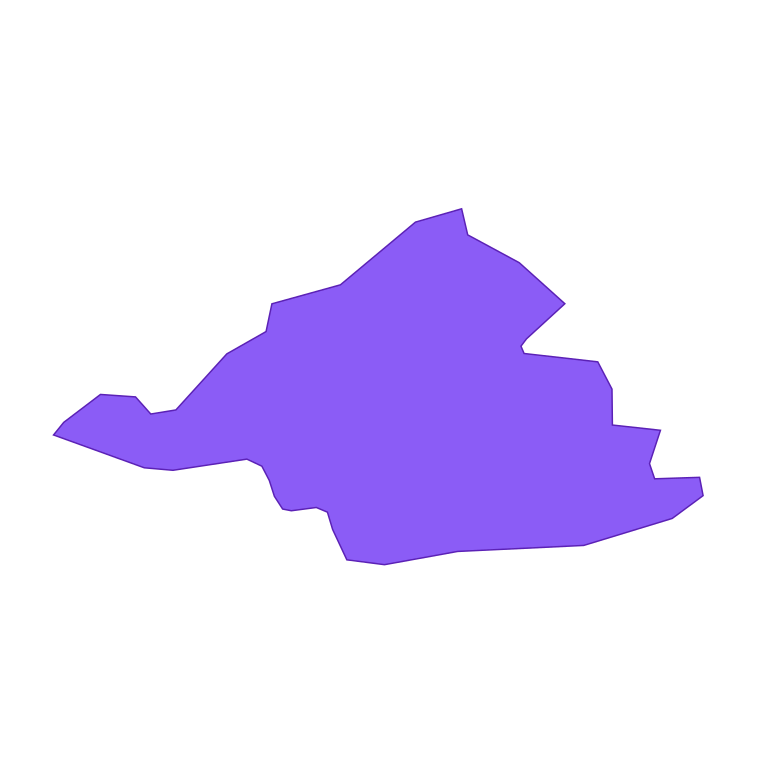 outline of Falkirk, rotated 184°
{"feature_id": "GBR-2015", "entity_name": "Falkirk", "entity_type": "Unitary District", "adm_level": 1, "iso_a3": "GBR", "parent_name": "United Kingdom", "parent_adm1": "", "projection": "mercator", "projection_center": [-3.764, 55.973], "detail": "fine", "context": "isolated", "style": "filled", "palette": "violet", "viewbox_px": 768, "rotation_deg": 184, "n_neighbors": 0, "source": "natural_earth", "source_scale": "10m", "svg_char_len": 684}
<svg xmlns="http://www.w3.org/2000/svg" viewBox="0 0 768 768"><g transform="rotate(184 384 384)"><path d="M408.8,206.0L425.1,235.3L431.5,252.2L442.9,256.1L467.6,251.1L476.4,252.2L485.5,264.3L491.7,279.8L500.1,293.5L515.6,299.5L588.5,283.2L617.3,283.7L710.1,310.1L700.8,323.4L666.1,353.8L631.0,353.8L614.6,337.8L589.8,343.6L542.9,403.1L505.3,428.1L501.4,456.2L434.4,479.9L363.9,547.7L318.8,564.2L310.9,538.6L257.5,514.4L209.2,476.7L245.0,439.0L250.0,431.3L246.4,424.2L172.3,421.0L156.2,394.8L153.3,359.0L105.0,357.1L113.6,323.1L107.4,308.3L62.7,312.9L57.9,294.9L87.1,270.0L173.5,236.9L298.9,222.1L370.9,203.8L408.8,206.0Z" fill="#8b5cf6" stroke="#5b21b6" stroke-width="1.5"/></g></svg>